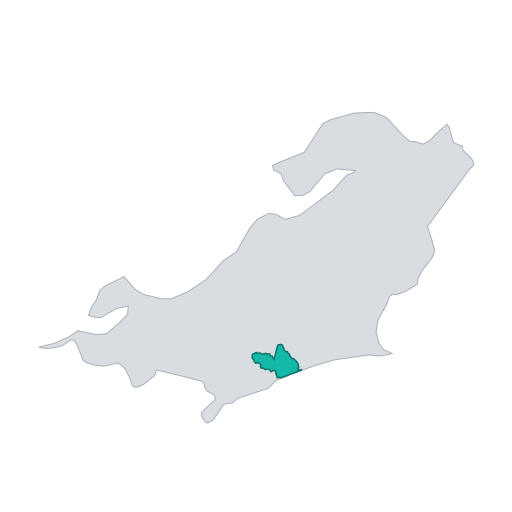 Matina, Limón, Costa Rica shown in context, rotated 104°
{"feature_id": "36466004B83376986375247", "entity_name": "Matina", "entity_type": "district", "adm_level": 2, "iso_a3": "CRI", "parent_name": "Costa Rica", "parent_adm1": "Limón", "projection": "natural_earth1", "projection_center": [-83.304, 10.011], "detail": "fine", "context": "in_parent", "style": "filled", "palette": "teal", "viewbox_px": 512, "rotation_deg": 104, "n_neighbors": 0, "source": "geoboundaries", "source_scale": "gbopen_adm2", "svg_char_len": 6492}
<svg xmlns="http://www.w3.org/2000/svg" viewBox="0 0 512 512"><g transform="rotate(104 256 256)"><path d="M429.9,262.5L429.3,264.7L427.5,267.1L424.9,269.5L421.5,271.1L413.3,266.2L405.2,260.7L400.7,263.2L399.0,270.4L396.0,274.1L392.3,275.5L390.7,277.9L390.4,302.2L390.7,325.0L396.8,325.6L407.1,333.5L411.4,338.2L412.8,342.5L411.6,344.6L404.1,349.6L396.8,355.9L393.1,363.8L399.5,376.5L400.9,385.1L400.7,394.1L398.9,398.5L384.8,408.9L381.7,412.5L382.1,415.1L389.9,422.3L393.6,429.2L396.7,437.6L397.1,444.8L390.0,431.4L380.2,418.5L371.6,410.6L371.0,392.2L367.6,382.2L354.7,373.0L343.7,366.5L335.6,367.8L340.6,378.4L353.5,392.0L354.3,397.2L354.1,404.2L345.2,403.2L337.4,400.3L327.8,399.4L321.5,395.2L308.0,379.0L317.6,365.1L320.6,356.0L320.3,337.2L318.1,328.0L307.7,314.1L291.2,298.9L268.1,286.4L257.2,276.3L230.1,268.6L219.8,263.5L211.8,254.0L210.6,247.2L213.5,236.7L206.0,223.4L173.8,197.2L155.7,187.6L151.9,181.9L149.0,180.2L151.8,198.2L159.6,209.1L180.2,219.3L185.9,225.2L188.1,232.9L176.2,247.7L170.1,251.4L168.3,259.4L164.4,261.9L160.3,257.2L143.6,234.1L111.3,223.1L105.5,216.3L93.5,195.2L88.0,175.9L90.0,163.0L103.3,143.0L107.5,134.3L106.6,128.9L107.1,121.0L102.2,115.5L89.9,108.3L82.1,102.5L84.3,99.7L98.3,91.9L99.2,84.9L99.2,82.6L101.5,82.1L103.5,80.3L104.8,78.3L108.6,71.6L112.0,67.8L115.8,67.2L120.6,70.0L138.3,77.2L157.9,85.3L186.0,96.8L197.6,89.4L207.6,83.8L214.6,84.6L229.6,91.1L238.7,93.2L244.3,92.6L253.9,102.2L259.1,109.4L260.0,114.1L263.0,116.7L270.5,117.3L288.8,122.2L300.1,121.2L310.3,116.1L315.9,109.9L317.7,100.2L320.3,105.0L323.3,112.5L324.6,122.3L337.8,154.8L348.4,173.0L371.5,206.2L381.5,212.3L398.4,239.0L404.2,243.4L407.5,251.3L425.0,257.7L429.9,262.5Z" fill="#d9dde1" stroke="#a8b0b8" stroke-width="1"/><path d="M367.9,203.6L368.5,203.0L368.3,202.7L367.2,201.1L366.0,199.1L364.9,197.4L362.3,194.1L361.6,193.2L361.3,192.6L360.4,191.2L359.0,189.1L358.6,188.6L357.9,187.6L357.4,186.7L356.2,185.0L355.5,184.2L355.4,184.3L355.2,184.6L355.3,184.8L355.5,185.0L356.0,185.8L356.2,186.0L356.3,186.3L356.3,186.7L356.2,186.7L356.2,187.4L356.2,187.5L356.2,187.8L355.8,188.0L355.7,188.1L355.4,187.9L355.2,187.8L354.9,188.0L354.7,187.9L354.5,187.7L354.1,187.8L353.7,187.9L353.3,187.6L353.1,187.6L352.9,187.7L352.8,187.8L352.7,187.9L352.6,188.0L352.4,188.2L352.2,188.3L352.3,188.6L352.2,188.8L351.8,188.7L351.7,188.6L351.4,188.7L351.2,188.7L351.1,188.8L351.1,189.0L350.9,189.0L350.7,189.0L350.4,189.3L350.2,189.4L350.0,189.6L349.7,189.7L349.5,189.9L349.5,190.1L349.4,190.3L349.2,190.5L348.7,191.0L348.5,191.7L348.2,191.8L348.0,192.0L347.8,192.4L347.7,192.6L347.6,192.8L347.5,193.0L347.4,193.3L347.0,193.7L346.9,193.8L346.8,194.0L346.6,194.3L346.6,194.9L346.6,195.4L346.6,195.5L346.4,195.7L346.4,195.9L346.6,196.1L346.7,196.6L346.5,197.0L346.4,197.2L346.1,197.4L346.0,197.5L345.8,197.8L345.6,197.9L345.5,198.0L345.4,198.3L345.2,198.6L345.1,198.9L345.0,199.1L344.6,199.0L344.4,199.0L344.1,199.1L343.8,199.3L343.7,199.4L343.4,199.7L343.3,199.9L342.9,200.3L342.8,201.0L342.7,201.2L342.7,201.3L342.3,201.6L342.2,201.7L341.8,201.9L341.6,202.0L341.4,202.2L341.4,202.3L341.1,202.6L341.2,203.0L341.3,203.1L341.5,203.4L341.5,203.6L341.5,203.8L341.5,204.1L341.4,204.3L341.2,205.0L340.8,205.6L340.8,205.9L340.7,206.0L340.4,206.2L340.1,206.3L339.5,206.3L339.4,206.4L339.3,206.5L339.1,206.6L338.9,206.7L338.7,206.8L338.2,207.1L338.0,207.5L337.8,207.8L337.4,207.9L337.1,208.0L336.9,208.1L336.7,208.3L336.7,208.5L336.3,208.7L336.3,208.8L336.1,209.2L336.0,209.4L335.9,209.5L335.8,209.9L335.8,210.1L335.8,210.5L336.0,210.9L336.1,211.1L336.2,211.3L336.4,212.0L336.5,212.1L336.7,212.6L336.8,212.9L336.9,213.0L337.6,213.4L351.9,213.5L351.5,213.9L351.1,214.3L351.0,214.6L350.8,214.6L350.7,214.7L350.6,215.1L350.3,215.3L350.1,215.4L350.0,215.5L349.7,215.7L349.5,215.8L349.4,215.9L349.2,216.2L349.2,216.3L349.4,216.8L349.4,217.1L349.2,217.3L349.3,217.6L349.2,217.8L349.2,218.0L348.7,218.4L348.4,218.7L348.3,218.8L348.2,218.9L347.7,218.8L347.7,219.1L348.0,219.7L348.1,219.9L348.1,220.1L348.0,220.3L348.0,220.7L348.4,221.0L348.5,221.2L348.5,221.4L348.3,221.5L348.2,221.6L348.2,222.0L348.2,222.4L348.2,222.6L348.1,222.8L348.2,223.0L348.4,223.1L348.5,223.2L348.5,223.5L348.3,223.5L348.5,223.9L348.7,224.1L348.8,223.9L348.9,224.0L349.0,224.0L348.9,224.5L349.0,224.7L349.4,225.0L349.5,225.1L349.4,225.3L349.6,226.3L349.6,226.6L349.6,226.9L349.5,227.0L349.4,227.4L349.3,227.8L349.2,228.1L349.2,228.4L349.3,228.9L349.4,229.3L349.5,229.5L349.7,229.9L349.9,230.1L349.9,230.5L349.8,230.8L349.4,231.6L349.6,231.7L349.7,231.8L349.8,231.9L349.9,232.1L350.0,232.3L350.0,232.8L350.0,233.1L350.3,233.1L350.5,233.4L350.8,233.7L350.9,233.8L351.2,234.1L351.2,234.3L351.3,234.6L351.4,234.9L351.5,235.0L351.8,235.2L352.1,235.3L352.3,235.4L352.5,235.5L352.8,235.6L353.3,235.6L353.7,235.6L353.8,235.4L354.1,235.3L354.3,235.4L354.6,235.2L355.0,235.2L355.3,235.2L355.5,235.3L355.8,234.9L356.0,234.8L356.2,234.5L356.5,234.3L356.5,234.1L356.4,234.0L356.4,233.9L356.5,233.7L357.0,233.5L357.1,233.2L357.4,233.0L357.8,232.7L358.1,232.6L358.3,232.4L358.6,232.2L358.9,232.1L359.0,232.0L359.2,231.8L359.3,231.4L359.8,230.7L360.0,230.6L360.1,230.4L360.1,230.1L359.8,229.8L359.8,229.7L359.5,229.1L359.3,229.0L359.2,228.8L359.2,228.0L359.2,227.4L359.3,227.3L359.4,227.1L359.5,227.0L359.5,226.8L359.5,226.7L359.4,226.4L359.4,226.1L359.5,226.0L359.6,225.9L359.8,225.8L359.9,225.7L360.2,225.6L360.3,225.4L360.5,225.2L360.6,224.9L360.9,224.4L361.1,224.6L361.3,224.7L361.6,224.9L362.0,225.1L362.9,224.8L363.0,224.6L363.5,224.0L363.6,223.3L363.5,223.1L363.4,222.7L363.2,222.6L363.2,222.4L363.0,222.1L362.9,221.7L363.0,221.5L363.3,221.2L363.4,220.8L363.6,220.6L363.8,220.3L363.8,220.1L364.0,219.6L363.9,219.1L363.6,218.8L363.4,218.6L363.2,218.2L363.1,217.8L363.1,217.5L363.1,216.9L363.0,216.5L363.0,216.0L363.0,215.9L363.1,215.7L363.2,215.3L363.3,215.1L363.6,214.2L364.0,214.1L364.2,213.9L364.5,213.8L364.6,213.7L364.7,213.3L364.7,213.2L364.4,213.1L364.2,213.0L364.1,212.9L364.1,212.7L363.7,212.3L363.6,212.2L363.4,212.2L363.1,211.5L362.6,210.9L362.5,210.7L362.5,210.2L362.6,209.6L362.5,209.4L362.6,209.2L363.0,208.9L363.3,208.9L363.5,208.8L363.5,208.7L363.9,208.7L364.0,208.8L364.2,209.0L364.3,209.0L364.4,208.9L364.6,208.6L364.8,208.4L365.0,208.3L365.2,208.1L365.3,208.1L365.5,208.1L365.8,207.9L366.0,207.9L366.2,207.7L366.4,207.6L366.5,207.4L366.5,207.2L367.1,207.0L367.6,206.5L368.2,206.4L368.4,206.4L368.8,206.2L368.8,205.9L368.7,205.4L368.5,204.9L368.2,204.6L367.9,203.8L367.9,203.6Z" fill="#14b8a6" stroke="#0f766e" stroke-width="1.5"/></g></svg>